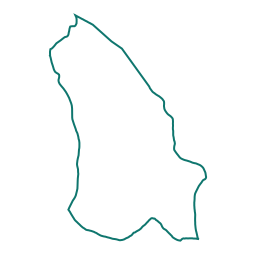 outline of Planard, Micoud, Saint Lucia
{"feature_id": "8701671B69185125078741", "entity_name": "Planard", "entity_type": "district", "adm_level": 2, "iso_a3": "LCA", "parent_name": "Saint Lucia", "parent_adm1": "Micoud", "projection": "equal_earth", "projection_center": [-60.914, 13.806], "detail": "fine", "context": "isolated", "style": "outline", "palette": "teal", "viewbox_px": 256, "rotation_deg": 0, "n_neighbors": 0, "source": "geoboundaries", "source_scale": "gbopen_adm2", "svg_char_len": 5764}
<svg xmlns="http://www.w3.org/2000/svg" viewBox="0 0 256 256"><path d="M206.1,177.0L206.0,176.4L205.9,175.9L205.7,174.5L205.5,173.3L205.3,172.4L204.9,171.5L204.3,170.2L204.1,169.7L203.7,168.8L203.4,168.3L203.2,167.9L203.0,167.7L202.5,167.1L202.2,166.8L201.3,166.0L200.9,165.7L200.3,165.3L199.6,164.9L198.6,164.5L197.6,164.1L196.7,163.7L195.9,163.4L195.5,163.3L194.7,163.2L194.3,163.1L192.3,162.6L191.5,162.2L189.8,161.5L189.1,161.3L186.9,160.6L184.9,160.1L184.0,159.8L182.1,159.0L180.8,158.3L180.3,157.9L179.5,157.1L178.6,155.9L178.3,155.5L177.9,155.0L177.1,154.0L176.4,153.1L175.2,151.4L175.1,151.2L174.5,150.4L174.2,149.7L174.1,148.6L174.1,148.1L174.2,146.8L174.3,146.2L174.4,145.6L174.6,145.0L174.8,144.0L174.9,143.8L174.8,143.5L174.8,142.9L174.5,141.2L174.3,141.0L174.2,140.7L174.0,140.0L173.9,139.0L173.8,138.6L173.7,137.6L173.3,135.8L173.2,135.1L173.2,133.0L173.2,131.2L173.1,130.2L172.9,129.3L172.9,128.1L172.9,127.1L173.0,126.2L173.0,124.9L172.9,124.0L173.0,121.7L172.9,120.2L172.9,119.7L172.7,118.8L172.6,118.5L172.5,118.3L172.1,117.8L171.4,117.0L170.7,116.3L169.9,115.7L169.3,115.3L168.1,114.4L167.9,114.2L167.7,114.0L166.9,113.1L166.1,112.0L165.3,110.8L165.1,110.4L164.8,109.9L164.6,109.4L164.4,108.8L164.3,108.5L164.2,107.6L164.0,106.4L164.0,106.1L164.0,105.8L164.0,105.2L164.1,104.4L164.1,103.1L164.1,102.4L164.0,102.0L164.0,101.7L163.9,101.4L163.7,100.9L163.4,100.5L163.1,100.1L162.5,99.2L161.9,98.6L161.6,98.3L160.4,97.3L159.5,96.6L159.0,96.2L157.9,95.6L156.6,94.8L155.4,94.0L155.0,93.6L154.2,93.0L153.4,92.5L152.8,92.0L152.4,91.6L151.5,90.4L150.5,89.0L150.1,88.5L149.7,87.7L149.2,86.5L121.9,48.6L111.5,41.4L92.8,24.7L75.4,15.4L76.3,17.4L76.6,19.2L76.6,21.6L76.5,23.5L75.4,25.6L74.5,26.2L73.1,26.2L72.5,26.2L70.7,26.4L70.2,26.6L70.0,27.2L69.5,28.8L69.2,30.8L68.8,32.4L68.4,34.7L67.7,35.9L67.0,36.5L65.8,36.9L65.1,37.0L64.1,37.6L62.3,39.0L60.7,40.3L56.4,43.3L54.1,46.2L52.7,47.7L51.7,48.6L50.4,49.2L50.0,51.7L50.0,53.4L50.1,55.3L49.9,55.5L50.5,57.2L51.4,61.2L51.7,62.5L52.8,65.8L53.9,69.5L54.8,71.3L55.2,71.9L56.5,72.9L57.8,73.6L59.0,74.6L59.2,75.6L59.2,77.1L59.0,77.9L58.5,80.0L58.6,81.2L58.9,82.4L59.7,84.0L61.2,85.9L63.5,88.6L65.9,92.0L67.4,94.6L69.2,98.1L69.7,99.5L70.4,101.3L71.2,103.4L71.8,105.6L72.1,108.7L72.2,117.5L72.4,119.3L74.0,124.3L75.8,129.3L76.1,130.6L77.4,133.3L78.3,136.8L78.6,138.9L79.1,140.4L79.4,142.8L79.4,146.5L79.3,148.1L79.0,149.6L78.6,155.2L77.8,158.5L77.4,160.6L77.0,164.1L77.2,165.8L78.0,169.2L78.1,172.3L78.3,173.9L77.8,178.5L77.7,180.7L77.5,186.6L77.4,188.7L77.0,190.6L76.3,193.4L75.8,195.4L75.1,197.0L74.3,198.4L72.8,200.6L70.7,204.8L69.2,207.8L68.4,209.7L68.7,210.1L69.6,211.4L69.9,211.8L70.6,213.1L71.4,214.5L72.1,215.6L72.8,216.8L73.2,217.4L73.6,218.0L74.3,219.2L74.7,219.8L75.0,220.2L75.7,220.9L76.2,221.4L76.9,222.0L77.8,222.9L78.5,223.6L79.2,224.2L79.6,224.6L80.0,225.0L80.9,225.9L82.3,227.1L82.6,227.4L83.9,228.2L84.4,228.5L84.9,228.9L85.6,229.4L85.8,229.6L86.6,229.9L87.4,230.1L87.8,230.1L88.3,230.2L88.8,230.3L89.0,230.4L89.5,230.5L90.2,230.7L91.2,230.9L92.6,231.4L93.5,231.7L93.7,231.8L94.1,231.9L94.7,232.3L95.4,232.6L96.1,232.9L96.6,233.1L97.1,233.5L97.5,233.8L98.6,234.4L100.0,235.2L100.5,235.4L101.4,235.8L102.3,236.0L102.5,236.1L104.2,236.5L104.4,236.5L105.5,236.7L107.4,237.3L109.5,237.8L110.8,238.2L111.5,238.4L112.3,238.7L113.5,238.9L114.3,239.0L114.5,239.0L116.3,239.3L117.8,239.7L119.1,240.1L119.5,240.2L120.4,240.2L122.4,239.9L122.9,239.8L123.5,239.5L124.1,239.4L124.7,239.1L125.4,238.6L125.8,238.4L126.3,238.2L127.1,237.8L127.3,237.8L128.3,237.3L128.7,237.1L129.5,236.4L130.4,235.9L131.2,235.5L131.4,235.4L131.8,235.0L133.1,233.4L133.3,233.1L133.6,232.9L133.8,232.7L134.0,232.7L134.7,232.5L135.0,232.4L135.5,232.1L136.3,231.5L136.8,231.2L137.4,230.9L138.1,230.5L138.9,230.1L139.5,229.7L140.2,229.1L140.6,228.8L141.0,228.5L141.1,228.3L141.4,228.0L142.0,227.2L143.0,226.2L143.5,225.8L144.4,225.2L145.3,224.4L145.7,224.0L145.9,223.7L146.1,223.5L146.5,223.1L146.9,222.6L147.7,221.8L148.1,221.5L148.4,221.0L148.6,220.8L148.9,220.4L149.0,220.3L149.6,219.8L150.2,219.3L150.5,218.9L151.0,218.5L151.5,218.3L151.7,218.2L152.5,218.2L152.8,218.3L153.0,218.3L153.3,218.5L153.5,218.5L154.2,218.5L154.8,218.7L155.1,219.0L155.4,219.3L155.8,219.7L155.9,219.9L156.7,220.4L157.4,220.8L157.6,221.0L157.9,221.3L158.8,222.1L159.3,222.5L159.8,222.9L160.5,223.5L161.2,224.5L161.4,225.0L161.7,225.6L162.1,226.6L162.9,227.8L163.3,228.3L163.7,228.7L164.2,229.0L165.6,229.8L166.0,230.1L166.4,230.4L166.7,230.8L169.2,233.4L169.9,234.0L170.7,234.9L171.4,235.5L171.8,236.0L172.0,236.2L172.1,236.5L172.8,237.3L173.3,237.7L174.1,238.2L175.4,239.0L175.8,239.2L176.0,239.3L176.8,239.7L177.2,239.9L178.1,240.2L179.0,240.4L179.4,240.4L180.0,240.6L180.4,240.6L180.5,240.5L180.9,240.2L181.5,239.5L181.9,239.2L182.2,238.9L182.6,238.7L182.8,238.6L183.2,238.5L183.6,238.4L183.8,238.4L184.2,238.5L184.6,238.5L185.0,238.5L185.9,238.3L187.5,238.4L191.9,238.3L192.2,238.3L192.6,238.4L193.1,238.5L193.5,238.5L194.0,238.5L195.0,238.6L196.1,238.6L196.3,238.7L198.1,239.0L198.2,238.7L197.7,237.9L197.6,237.6L197.5,237.1L197.1,235.2L196.4,232.1L196.0,230.7L195.8,229.5L195.6,228.2L195.2,224.1L195.2,222.4L195.1,220.6L195.1,218.4L195.2,215.3L195.2,214.6L195.1,213.5L195.0,212.6L194.8,211.5L194.8,210.9L194.7,210.3L194.6,209.2L194.5,208.7L194.4,206.7L194.3,205.7L194.3,203.9L194.3,203.1L194.3,202.8L194.3,202.1L194.4,201.7L194.6,198.9L194.6,198.1L194.6,197.4L194.7,196.1L194.8,195.3L195.0,194.1L195.2,193.5L195.4,193.0L196.0,191.7L197.2,189.3L198.2,187.3L198.6,186.5L199.0,185.8L200.6,183.6L201.2,182.9L201.6,182.3L202.2,181.4L202.5,180.9L203.2,180.1L203.4,180.0L203.7,179.8L204.3,179.5L204.5,179.5L204.7,179.3L204.9,179.2L205.1,179.1L205.4,178.8L205.9,178.0L206.0,177.7L206.1,177.2L206.1,177.0Z" fill="none" stroke="#0f766e" stroke-width="2"/></svg>